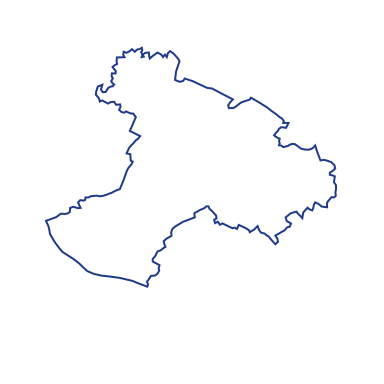 Marechal Cândido Rondon, Paraná, Brazil (orthographic projection), rotated 296°
{"feature_id": "56859067B82748474938572", "entity_name": "Marechal Cândido Rondon", "entity_type": "district", "adm_level": 2, "iso_a3": "BRA", "parent_name": "Brazil", "parent_adm1": "Paraná", "projection": "orthographic", "projection_center": [-54.123, -24.589], "detail": "fine", "context": "isolated", "style": "outline", "palette": "blue", "viewbox_px": 384, "rotation_deg": 296, "n_neighbors": 0, "source": "geoboundaries", "source_scale": "gbopen_adm2", "svg_char_len": 3743}
<svg xmlns="http://www.w3.org/2000/svg" viewBox="0 0 384 384"><g transform="rotate(296 192 192)"><path d="M235.8,315.1L237.5,320.1L240.9,318.3L243.0,318.2L248.6,319.7L249.4,322.1L251.6,322.9L254.7,321.0L257.9,320.1L261.3,318.4L263.0,315.3L265.5,314.5L268.7,313.5L268.5,311.1L267.9,308.4L269.8,307.4L273.3,309.5L275.9,310.4L278.5,308.3L279.9,304.1L279.4,299.4L278.7,296.4L276.7,293.6L282.4,287.5L287.8,282.3L285.2,281.6L283.1,280.4L281.0,278.1L279.6,274.6L278.8,271.3L279.5,267.1L280.1,263.4L279.3,261.2L277.4,259.1L275.5,258.1L272.3,254.3L272.9,252.3L272.2,249.7L274.3,249.4L276.0,247.9L278.3,247.5L278.3,244.0L278.9,241.0L281.5,241.4L284.5,242.4L286.4,242.4L289.0,243.5L290.0,245.3L290.8,248.3L293.0,248.5L296.3,248.5L295.1,245.8L294.1,243.7L296.2,243.3L297.5,240.4L297.8,237.3L298.7,234.3L299.1,231.8L299.7,228.1L300.9,222.8L302.1,211.4L302.6,203.6L300.3,203.3L294.6,197.4L292.7,196.2L290.0,194.9L287.4,193.7L285.5,192.2L283.6,188.4L285.7,186.5L288.7,186.9L290.7,187.4L293.2,188.2L293.4,177.6L293.8,164.6L292.2,159.9L291.9,143.8L290.8,135.7L287.9,135.4L285.6,132.6L285.3,127.7L293.0,124.9L303.9,123.5L305.7,121.2L308.3,114.8L309.0,110.6L306.4,109.5L302.2,110.2L303.7,107.5L300.6,106.8L302.0,104.2L302.2,99.8L299.5,98.5L297.4,97.2L293.5,95.6L295.4,93.9L298.4,92.1L297.0,89.5L293.8,87.2L295.4,85.0L297.5,85.2L299.6,83.7L297.4,82.1L295.9,80.2L293.0,79.1L294.0,75.4L290.6,73.9L288.3,71.9L288.1,69.1L285.1,70.1L283.6,72.2L282.1,69.5L280.1,65.6L276.8,66.7L274.2,68.5L271.7,66.7L269.5,65.8L268.5,67.8L267.5,70.3L265.1,71.3L263.5,68.0L260.8,69.0L259.5,71.0L256.3,70.8L254.9,72.7L254.5,74.9L252.4,74.5L250.9,72.5L248.7,71.0L244.0,70.5L242.6,68.0L244.2,65.3L249.0,64.4L245.4,61.1L240.2,61.9L237.3,62.9L235.5,67.2L232.9,69.5L234.9,71.0L234.7,77.8L237.1,79.4L239.0,82.5L237.1,85.5L239.2,88.9L237.3,90.4L233.9,90.5L233.0,93.7L233.5,96.2L235.5,97.4L235.7,102.4L236.7,104.7L234.7,108.7L219.6,109.4L219.6,114.2L219.5,120.9L216.2,120.2L213.7,118.8L210.5,118.1L208.1,117.2L203.8,116.1L201.3,116.2L198.0,116.3L198.9,120.0L193.3,123.2L193.3,125.4L190.5,125.5L186.0,124.3L182.3,124.2L172.4,125.3L162.9,125.9L160.7,123.6L158.2,121.7L155.7,119.9L154.2,118.2L152.6,116.9L149.5,113.7L147.6,110.8L146.9,107.8L145.3,105.3L143.7,102.7L141.7,101.4L140.4,98.7L138.0,99.4L136.6,98.0L135.7,95.1L132.6,94.2L130.6,96.6L128.9,98.8L127.5,96.7L126.7,91.8L124.3,89.5L120.6,90.9L118.2,89.7L116.3,87.0L115.1,83.7L109.8,80.9L102.1,73.4L98.1,78.2L94.5,81.0L91.9,82.9L87.0,90.3L84.3,95.4L83.4,97.3L81.4,101.6L80.7,107.2L79.8,114.9L78.4,121.8L77.0,125.9L76.2,128.3L75.0,132.6L75.4,139.8L77.1,147.1L79.6,154.0L83.1,164.6L86.0,177.4L86.3,182.7L87.3,193.3L89.5,193.1L91.8,190.8L94.2,191.4L98.6,191.9L101.0,195.7L103.6,196.8L106.9,197.0L108.7,195.5L112.0,194.9L112.3,187.2L114.5,186.1L119.1,187.2L121.4,186.9L123.5,187.1L125.7,189.3L129.2,191.0L131.0,192.2L132.8,190.2L135.3,188.1L139.0,189.6L143.6,192.8L146.8,190.9L150.3,190.6L153.8,192.1L158.2,195.0L161.4,197.1L170.4,205.6L174.0,203.4L176.2,205.0L179.5,207.2L182.9,210.2L185.4,211.2L186.3,213.1L184.5,215.2L183.9,217.7L181.4,224.0L179.0,225.6L176.7,224.1L174.1,226.4L176.6,228.2L174.8,231.5L177.1,233.1L177.2,244.3L178.6,245.7L178.5,248.6L182.9,248.5L183.1,255.5L182.6,260.0L181.2,261.6L183.0,262.7L185.6,264.3L190.1,265.9L188.5,267.6L186.9,269.5L185.7,271.8L186.5,275.8L185.8,277.8L185.6,280.5L184.2,283.3L181.6,289.8L184.9,291.1L187.3,289.4L189.4,286.0L191.9,287.8L194.6,289.5L198.2,292.1L201.8,292.9L203.6,295.0L207.1,294.8L207.4,289.9L210.2,287.3L215.9,289.9L220.2,294.4L218.8,297.1L217.9,300.2L216.9,302.6L220.2,301.6L222.6,301.0L228.6,302.8L227.9,304.9L228.2,308.1L230.6,308.1L233.5,307.2L236.6,307.2L236.8,310.5L235.8,315.1ZM293.8,87.2L292.5,89.3L291.2,87.7L293.8,87.2Z" fill="none" stroke="#1e3a8a" stroke-width="2"/></g></svg>